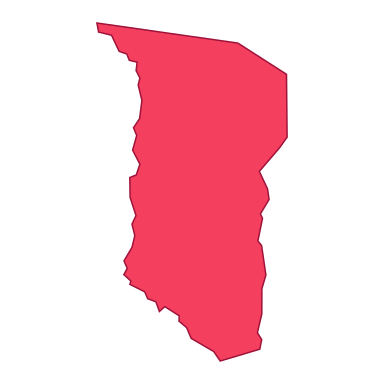 San Augustine, Texas, United States of America
{"feature_id": "52423323B87261257392916", "entity_name": "San Augustine", "entity_type": "district", "adm_level": 2, "iso_a3": "USA", "parent_name": "United States of America", "parent_adm1": "Texas", "projection": "equal_earth", "projection_center": [-94.22, 31.376], "detail": "fine", "context": "isolated", "style": "filled", "palette": "rose", "viewbox_px": 384, "rotation_deg": 0, "n_neighbors": 0, "source": "geoboundaries", "source_scale": "gbopen_adm2", "svg_char_len": 802}
<svg xmlns="http://www.w3.org/2000/svg" viewBox="0 0 384 384"><path d="M129.9,284.4L144.7,291.8L147.7,298.7L155.9,301.8L159.4,311.5L164.8,306.6L179.2,315.8L179.0,321.2L186.6,327.6L191.2,338.4L213.7,351.5L220.2,361.0L259.8,349.2L261.7,339.6L257.4,332.7L261.8,314.0L261.9,288.7L265.9,275.0L261.6,245.6L257.9,241.0L262.5,218.4L260.4,213.9L269.1,199.5L267.5,188.8L259.3,171.4L279.4,148.0L287.1,137.2L286.5,74.3L237.9,43.1L96.9,23.0L98.6,32.1L111.5,35.2L119.2,51.4L126.8,54.0L129.3,60.3L137.1,62.2L136.1,70.6L139.9,78.0L138.2,84.9L141.9,100.4L139.6,118.6L133.5,127.7L136.7,135.5L132.6,150.1L139.9,164.2L136.3,174.9L129.8,177.5L130.1,197.4L136.0,215.6L132.0,224.1L134.8,235.7L132.0,247.3L124.0,260.9L127.2,268.3L123.9,274.6L130.9,281.1L129.9,284.4Z" fill="#f43f5e" stroke="#9f1239" stroke-width="1.5"/></svg>